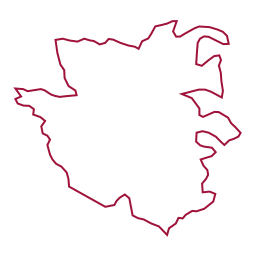 Bela Vista da Caroba, Paraná, Brazil
{"feature_id": "56859067B82411919014006", "entity_name": "Bela Vista da Caroba", "entity_type": "district", "adm_level": 2, "iso_a3": "BRA", "parent_name": "Brazil", "parent_adm1": "Paraná", "projection": "orthographic", "projection_center": [-53.625, -25.885], "detail": "fine", "context": "isolated", "style": "outline", "palette": "rose", "viewbox_px": 256, "rotation_deg": 0, "n_neighbors": 0, "source": "geoboundaries", "source_scale": "gbopen_adm2", "svg_char_len": 1816}
<svg xmlns="http://www.w3.org/2000/svg" viewBox="0 0 256 256"><path d="M176.7,21.1L172.7,21.1L167.0,23.6L161.5,25.0L155.3,26.4L151.2,33.9L148.3,38.4L142.1,41.3L138.6,48.8L134.8,46.7L128.3,45.5L120.5,42.9L113.1,39.6L108.6,39.0L105.2,42.9L99.7,44.4L93.8,41.0L89.8,40.4L84.3,38.7L77.5,41.6L69.6,40.5L62.8,38.7L55.5,39.9L57.4,53.0L60.4,64.6L64.2,70.1L64.6,78.0L68.6,86.1L75.4,90.5L76.6,95.2L65.8,96.2L59.7,96.9L55.0,95.9L51.0,94.5L44.6,90.3L40.8,89.1L32.0,90.5L27.7,91.2L23.2,89.1L15.4,88.5L21.1,96.5L15.4,99.0L17.7,103.5L23.5,105.6L29.2,105.8L33.9,109.2L33.2,114.5L40.4,117.1L45.1,121.0L41.3,126.3L42.7,133.4L47.4,135.7L50.0,139.6L47.4,145.0L50.0,154.6L52.5,159.5L56.1,163.8L61.4,166.6L66.7,172.5L68.4,178.7L69.1,186.6L105.3,206.8L114.4,205.0L116.5,201.0L119.7,197.7L124.8,194.5L129.3,198.2L132.6,215.4L138.1,218.2L143.6,219.4L151.3,223.5L158.9,226.4L167.1,234.9L169.0,228.3L175.8,223.5L178.5,217.9L182.7,218.4L185.6,214.9L192.2,210.9L196.4,211.3L204.2,208.8L213.3,201.5L215.3,193.9L209.6,191.6L202.7,192.3L202.1,183.5L205.9,179.1L208.1,174.9L207.4,170.1L203.6,165.9L200.7,159.5L207.9,157.2L211.6,156.2L215.7,152.1L211.9,147.7L204.0,146.6L200.3,145.4L196.1,141.6L196.6,132.7L202.5,131.2L208.7,132.7L215.9,136.7L221.2,142.1L224.4,145.0L229.1,140.4L233.9,138.8L238.4,136.6L240.6,132.9L235.2,127.0L231.1,123.2L228.0,117.6L218.8,112.1L214.4,111.9L203.0,116.9L199.4,115.0L199.4,108.5L191.8,98.1L181.8,94.0L198.8,89.6L205.1,89.6L211.0,91.7L221.8,97.5L222.9,90.8L221.4,81.1L220.8,72.9L218.9,65.6L221.0,60.1L219.3,55.4L214.2,56.1L208.5,60.2L201.8,65.8L196.2,64.1L196.9,52.8L197.7,42.9L200.0,38.7L204.0,36.4L208.6,36.8L223.3,44.1L228.7,43.9L227.0,35.9L222.9,31.8L217.4,29.5L209.4,27.1L199.2,26.5L194.9,28.1L189.8,30.9L184.8,33.7L180.1,36.6L176.1,36.6L173.1,31.4L176.7,21.1Z" fill="none" stroke="#9f1239" stroke-width="2"/></svg>